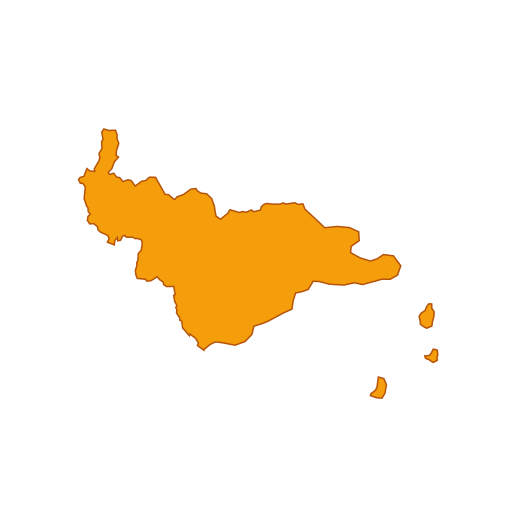 the district of Fajardo, Puerto Rico, rotated 60°
{"feature_id": "32010507B96449576459370", "entity_name": "Fajardo", "entity_type": "district", "adm_level": 2, "iso_a3": "PRI", "parent_name": "Puerto Rico", "parent_adm1": "", "projection": "mercator", "projection_center": [-65.654, 18.33], "detail": "fine", "context": "isolated", "style": "filled", "palette": "amber", "viewbox_px": 512, "rotation_deg": 60, "n_neighbors": 0, "source": "geoboundaries", "source_scale": "gbopen_adm2", "svg_char_len": 3466}
<svg xmlns="http://www.w3.org/2000/svg" viewBox="0 0 512 512"><g transform="rotate(60 256 256)"><path d="M69.9,324.2L71.6,327.6L78.5,330.2L79.6,332.4L85.9,335.7L88.8,340.8L92.8,342.1L95.3,344.8L99.6,352.4L102.1,353.3L99.4,357.3L95.7,358.7L101.0,365.2L100.0,369.1L101.1,371.5L105.2,371.8L106.7,369.5L111.0,369.4L120.3,376.1L127.8,377.7L130.5,377.5L133.6,379.1L136.7,378.5L137.8,381.8L140.8,384.2L145.0,384.0L146.9,380.3L151.3,378.6L154.3,379.8L157.7,378.7L163.9,374.2L167.5,374.5L169.7,377.8L175.5,373.2L172.0,370.5L170.6,366.9L173.7,368.1L174.7,365.6L172.3,362.0L172.4,359.5L174.9,358.9L177.8,353.7L180.7,351.7L181.9,349.4L185.1,347.1L188.5,348.4L193.5,352.4L195.1,356.9L200.8,360.4L202.2,362.7L204.7,363.9L208.3,367.8L212.6,369.5L216.0,370.1L221.0,363.2L223.0,363.3L224.9,359.4L224.6,351.9L228.1,351.4L231.9,349.5L234.8,350.2L237.7,348.8L241.2,342.5L249.1,345.3L248.9,347.0L254.9,349.2L259.1,349.2L260.7,351.3L262.9,351.3L265.5,353.3L271.8,353.0L273.6,354.1L275.3,352.9L281.5,355.5L291.7,353.6L290.6,352.3L296.8,349.5L300.4,349.4L302.2,349.3L304.3,351.5L311.5,348.3L311.1,348.1L309.7,340.6L309.8,338.3L310.1,334.1L314.3,328.5L322.8,318.7L323.5,314.7L324.4,309.5L324.5,309.1L324.5,308.8L324.6,308.4L323.5,304.4L322.0,299.3L321.8,298.6L320.8,297.7L315.7,293.0L317.6,284.6L318.5,278.5L319.0,261.2L319.2,259.3L320.0,251.4L314.2,246.9L313.9,246.6L313.4,246.3L311.0,243.6L307.8,240.2L309.7,234.6L310.0,233.1L311.1,227.6L310.3,226.1L307.2,220.5L306.4,219.2L309.7,214.0L311.6,212.1L317.1,206.5L318.8,204.1L324.3,195.6L325.1,194.4L328.4,184.1L331.0,181.3L334.0,178.0L337.5,164.7L339.0,158.7L339.1,158.4L343.3,151.4L343.3,149.8L343.3,145.0L343.3,143.3L343.3,143.0L336.8,135.5L336.4,135.6L333.4,135.9L328.4,136.5L324.6,136.9L323.3,138.6L318.5,144.9L318.8,149.0L319.0,152.3L318.5,154.9L318.5,155.0L317.6,159.4L309.7,166.8L300.3,172.4L295.2,168.7L294.9,165.4L294.3,158.9L294.2,158.9L286.4,155.0L282.2,157.9L278.1,160.9L276.4,163.2L271.8,169.8L271.1,170.7L265.9,182.3L261.4,183.7L260.8,183.8L246.7,188.1L239.9,190.2L234.3,189.3L232.3,193.8L229.2,195.9L226.0,204.1L223.6,205.9L223.4,207.6L223.0,209.5L219.0,216.2L215.9,220.4L215.2,223.2L216.2,227.2L218.5,229.0L216.5,236.0L213.8,236.9L213.3,242.5L210.7,245.5L210.1,248.6L202.9,255.4L204.9,259.1L206.2,267.2L206.4,268.3L201.5,270.7L196.1,268.8L192.3,267.2L184.2,265.7L177.5,267.6L174.2,272.0L170.5,274.2L167.5,274.3L165.5,279.1L166.5,288.1L165.3,294.8L166.4,298.1L165.6,298.8L159.2,301.0L157.2,303.9L137.6,303.7L134.4,309.0L135.5,313.6L134.1,317.7L135.0,325.6L128.3,326.4L125.9,328.8L125.1,333.9L119.9,334.9L118.0,337.3L113.2,337.8L112.2,342.0L109.7,342.2L108.2,337.1L103.7,331.7L101.6,325.6L99.0,326.8L94.6,323.8L90.0,318.6L84.6,317.6L81.4,315.6L76.8,314.8L73.6,320.9L69.9,324.2ZM383.8,130.3L385.2,133.6L387.8,136.9L388.0,141.5L389.9,145.0L395.5,146.7L397.1,147.8L400.6,146.4L403.9,144.3L404.6,138.7L401.3,136.2L399.9,134.7L397.1,132.0L393.4,129.6L389.2,129.9L385.4,127.8L385.2,128.1L383.8,130.3ZM422.3,210.2L422.0,210.6L429.7,216.5L429.9,216.6L432.0,219.7L432.7,225.3L434.1,226.7L438.8,222.7L439.9,221.2L442.1,218.0L439.3,212.9L432.9,207.6L432.5,207.3L426.0,206.6L423.2,209.4L422.3,210.2ZM427.8,146.3L425.3,149.0L428.0,153.3L428.8,155.8L428.4,156.6L427.7,158.4L426.9,159.8L429.1,160.3L430.3,159.7L431.6,158.6L432.6,157.7L434.1,157.3L435.6,156.4L436.8,155.7L436.8,154.9L436.9,154.1L437.0,151.8L436.9,151.1L434.2,149.9L432.8,148.2L430.0,146.8L428.7,146.3L427.8,146.3Z" fill="#f59e0b" stroke="#b45309" stroke-width="1.5"/></g></svg>